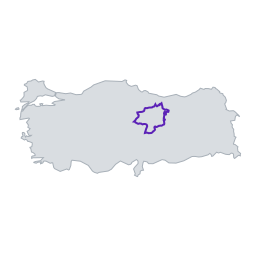 Sivas highlighted on a map of Turkey
{"feature_id": "TUR-2295", "entity_name": "Sivas", "entity_type": "Province", "adm_level": 1, "iso_a3": "TUR", "parent_name": "Turkey", "parent_adm1": "", "projection": "equal_earth", "projection_center": [37.51, 39.556], "detail": "medium", "context": "in_parent", "style": "outline", "palette": "violet", "viewbox_px": 256, "rotation_deg": 0, "n_neighbors": 0, "source": "natural_earth", "source_scale": "10m", "svg_char_len": 5322}
<svg xmlns="http://www.w3.org/2000/svg" viewBox="0 0 256 256"><path d="M200.3,88.2L204.0,89.4L205.2,88.5L208.5,88.6L211.4,89.3L213.0,87.2L215.1,87.5L215.5,88.5L216.5,88.9L219.7,91.6L219.3,92.0L220.1,93.0L222.8,93.7L223.1,95.0L225.2,97.1L226.4,100.3L225.8,102.5L224.7,103.9L226.5,108.8L226.0,109.4L229.2,111.0L233.3,110.7L234.6,111.4L238.7,115.3L239.7,116.7L236.9,114.9L235.4,116.5L234.8,120.3L230.5,121.0L231.2,123.4L232.4,124.6L232.1,126.9L232.5,127.8L233.7,129.3L233.6,131.5L234.1,133.7L234.2,136.3L236.0,137.2L235.3,138.4L233.4,143.8L233.6,144.3L234.9,144.4L238.0,146.9L237.5,147.7L237.9,151.2L240.6,153.5L240.2,154.7L240.4,155.8L238.5,155.3L234.7,158.4L234.3,158.3L233.7,157.3L233.5,154.1L232.5,153.3L231.3,153.1L229.3,154.6L227.4,154.5L225.4,154.2L220.4,152.3L218.5,153.0L216.6,152.2L212.9,156.0L211.7,156.4L211.1,154.5L209.8,153.4L208.1,154.8L201.7,156.7L198.7,157.0L195.0,156.4L192.0,156.5L183.8,160.8L176.0,163.1L168.9,162.9L165.1,160.2L162.1,159.6L153.0,163.7L148.6,163.6L147.1,161.9L143.8,161.2L143.0,162.8L142.3,166.6L143.5,170.2L141.6,170.4L140.3,171.2L140.0,173.8L138.2,174.9L137.6,176.5L137.3,176.6L134.5,175.2L135.3,173.9L133.6,169.0L134.5,167.5L138.1,163.5L138.0,161.1L136.5,159.5L131.8,162.4L131.4,163.6L130.3,164.4L128.6,164.8L120.4,161.0L115.6,164.3L111.4,169.2L108.2,171.0L99.0,172.4L97.4,173.3L94.3,172.3L92.4,171.0L88.3,165.4L80.4,161.2L72.0,160.2L71.2,161.3L70.8,165.6L69.3,169.6L68.6,170.0L66.8,169.0L60.2,171.4L54.7,168.7L53.8,167.6L52.7,162.9L51.9,162.6L51.0,163.2L50.1,163.2L46.2,161.2L44.0,161.0L42.7,163.0L40.5,163.8L40.5,163.3L41.4,162.0L38.0,162.2L36.2,163.2L33.8,162.6L34.0,162.1L36.0,161.4L40.5,160.7L43.4,157.6L32.8,157.8L31.7,158.4L31.6,156.8L32.3,156.1L35.1,155.5L35.0,154.2L33.3,152.7L31.5,152.0L30.8,148.6L29.9,147.7L30.0,147.3L31.8,146.7L32.3,144.2L32.1,142.7L28.7,141.4L27.9,141.5L27.1,140.2L25.7,139.3L24.5,140.0L21.1,138.0L21.8,136.6L22.7,136.6L22.9,135.5L22.3,133.6L22.4,132.6L23.2,132.4L24.0,132.6L24.9,133.7L24.8,135.8L25.7,137.1L26.4,135.8L28.0,136.6L30.8,135.9L31.4,135.3L29.3,135.4L28.6,134.9L27.1,131.3L28.8,130.3L30.1,128.6L27.9,127.4L28.4,125.0L26.5,122.3L29.4,118.8L29.3,118.3L28.5,118.1L20.0,119.6L19.9,118.0L20.6,116.6L20.8,113.3L21.2,111.5L22.8,111.0L24.8,108.3L28.1,105.2L31.3,105.3L32.6,104.4L34.5,104.4L35.0,105.6L36.6,106.4L39.6,106.3L41.0,105.5L39.7,104.0L41.4,103.5L42.8,103.8L42.0,105.5L42.4,105.7L46.2,105.2L50.2,105.6L54.6,105.4L55.2,104.8L52.1,103.2L54.2,101.7L55.3,101.4L64.6,100.0L64.6,99.7L59.0,98.9L56.2,97.0L55.4,95.9L56.1,93.3L56.7,92.7L58.8,92.6L65.7,93.7L70.6,93.0L76.0,94.7L81.2,94.4L82.3,93.6L83.6,91.2L91.0,87.1L93.7,84.9L105.1,80.8L122.0,81.5L125.0,79.9L126.7,80.4L126.2,81.5L126.3,82.5L128.3,85.0L131.3,86.4L135.5,85.2L137.0,85.6L138.5,89.5L141.1,91.8L142.3,92.0L143.9,90.7L145.4,90.5L147.9,91.8L148.8,93.2L156.9,94.8L158.6,96.0L164.1,97.2L176.2,94.4L180.7,96.3L184.4,96.9L186.0,96.6L190.9,94.4L192.4,93.1L195.4,92.1L199.2,89.6L200.3,88.2ZM44.1,81.3L43.7,83.0L44.4,84.9L45.9,87.6L47.6,88.9L55.7,92.5L54.4,95.9L52.3,96.4L45.3,94.8L42.4,96.2L40.3,95.8L37.4,96.4L36.5,98.5L34.4,100.8L28.6,103.7L23.1,109.5L21.6,110.2L22.3,108.2L22.4,106.5L24.7,104.5L28.0,103.0L28.9,101.7L20.9,102.0L20.2,100.2L21.0,99.9L23.8,96.7L24.1,95.5L24.0,92.4L27.3,90.6L27.6,89.9L27.2,86.9L24.3,85.1L24.4,84.3L26.6,83.5L27.9,81.4L31.1,81.0L32.6,80.0L35.3,79.4L38.5,82.0L42.6,81.0L44.1,81.3ZM18.9,109.3L16.2,109.7L15.4,109.3L16.3,108.3L18.4,107.7L19.0,108.6L18.9,109.3Z" fill="#d9dde1" stroke="#a8b0b8" stroke-width="1"/><path d="M159.4,105.2L159.7,105.0L159.7,104.8L159.6,104.6L159.6,104.2L160.2,103.8L160.8,103.8L161.2,103.6L161.5,103.3L162.5,107.0L162.4,107.8L162.9,108.5L163.5,108.8L164.3,109.4L165.0,109.8L166.2,109.5L167.4,109.9L168.6,110.5L168.5,111.3L168.3,111.9L167.8,111.9L167.2,111.8L166.6,111.9L166.1,112.3L165.5,112.2L164.9,111.8L164.4,112.1L164.0,113.4L164.1,113.9L164.9,113.8L165.8,113.6L166.0,113.9L165.9,114.4L165.4,114.4L165.0,114.6L164.7,115.1L164.1,115.9L164.0,117.5L163.7,118.1L163.9,118.7L164.3,119.1L164.7,119.3L164.9,119.7L164.8,119.9L164.4,120.2L164.1,120.6L163.9,120.6L164.0,120.8L164.0,121.6L164.2,122.0L164.2,122.5L164.2,123.0L164.3,123.5L164.2,124.1L164.0,124.5L163.0,124.8L162.2,125.4L161.4,125.7L160.6,125.6L160.2,125.6L159.8,125.8L158.9,125.8L158.5,126.1L158.0,126.3L157.6,126.5L157.2,126.8L156.2,127.0L155.2,126.5L154.7,126.7L154.4,127.3L154.5,128.0L154.9,129.0L155.0,129.4L154.8,130.0L153.9,130.9L153.4,131.2L153.2,131.3L152.6,132.1L152.0,132.6L151.3,133.0L148.6,133.2L148.0,132.9L146.5,132.6L144.9,133.0L145.0,132.4L145.3,131.6L145.4,131.4L145.8,130.0L146.2,128.7L146.7,127.6L147.2,126.1L146.7,124.7L145.8,124.2L144.8,124.0L143.7,124.0L142.6,124.4L142.1,124.2L141.5,123.7L139.5,123.4L138.6,123.8L137.5,123.6L136.4,122.8L136.0,122.7L135.6,122.6L135.2,122.0L134.7,121.7L134.0,121.6L134.5,121.1L135.0,120.7L135.4,120.2L135.7,119.6L136.1,119.0L136.5,118.5L137.5,117.7L138.4,116.9L138.7,115.6L138.7,115.2L138.6,114.9L138.2,114.7L137.6,113.7L137.3,112.5L140.0,112.0L141.9,111.9L143.7,111.2L144.1,110.8L144.3,110.2L144.5,109.3L144.8,108.4L145.3,108.2L145.7,108.0L147.0,108.2L147.5,108.0L149.0,107.6L150.1,107.5L151.1,107.5L152.1,107.4L152.5,107.1L152.9,106.8L153.7,106.6L154.1,106.5L154.8,105.5L155.4,104.3L156.0,105.5L156.9,106.3L157.3,106.2L157.7,105.9L158.0,105.5L158.5,105.1L159.4,105.2Z" fill="none" stroke="#5b21b6" stroke-width="2"/></svg>